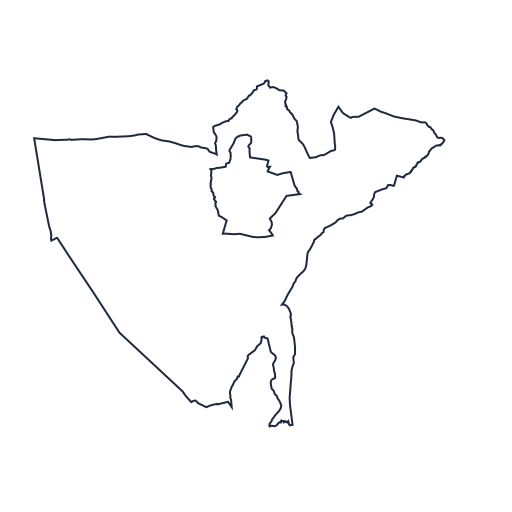 Babati, Manyara, United Republic of Tanzania (Albers equal-area conic projection), rotated 172°
{"feature_id": "72390352B12207219772126", "entity_name": "Babati", "entity_type": "district", "adm_level": 2, "iso_a3": "TZA", "parent_name": "United Republic of Tanzania", "parent_adm1": "Manyara", "projection": "albers", "projection_center": [35.708, -4.024], "detail": "fine", "context": "isolated", "style": "outline", "palette": "slate", "viewbox_px": 512, "rotation_deg": 172, "n_neighbors": 0, "source": "geoboundaries", "source_scale": "gbopen_adm2", "svg_char_len": 6075}
<svg xmlns="http://www.w3.org/2000/svg" viewBox="0 0 512 512"><g transform="rotate(172 256 256)"><path d="M230.0,160.6L229.7,170.1L230.7,174.0L230.7,176.5L230.0,178.6L230.6,180.2L230.0,181.3L230.5,182.6L230.1,185.4L230.4,186.5L230.2,188.8L230.6,190.3L229.9,191.6L230.1,192.6L229.5,193.5L229.5,194.3L230.8,199.3L232.5,202.2L235.1,204.2L237.1,204.2L233.4,208.0L230.5,212.6L224.1,220.6L222.5,223.6L220.5,225.4L219.3,227.9L218.2,229.2L214.5,232.1L211.4,234.1L208.9,236.6L207.2,240.9L204.8,250.7L203.8,252.9L201.6,255.1L198.4,259.5L196.5,262.4L196.3,263.4L195.4,264.4L194.3,264.7L192.4,266.1L189.0,267.9L187.7,269.4L185.7,270.3L185.2,272.7L183.8,274.2L179.2,275.4L173.9,277.5L172.2,278.4L170.3,280.1L167.5,281.3L164.6,281.1L161.4,283.2L158.5,283.4L156.2,283.2L151.8,284.0L148.6,285.0L145.0,285.2L138.2,288.7L135.4,289.3L133.7,290.5L134.0,291.2L135.3,292.2L135.4,292.6L131.5,297.2L130.8,298.7L130.6,300.3L129.3,302.6L122.1,304.4L118.2,304.9L117.2,305.3L115.3,307.9L112.8,307.5L109.9,306.3L109.5,306.6L105.3,315.9L98.7,313.2L98.0,314.7L97.2,314.7L95.9,316.1L94.6,315.9L93.4,316.4L92.3,316.5L91.2,318.0L90.6,317.9L90.3,318.9L89.7,319.1L89.6,319.6L88.1,320.9L88.1,321.4L85.8,322.5L85.6,322.3L85.2,322.9L84.8,323.0L84.1,324.5L82.6,325.7L82.8,326.1L82.5,326.3L81.2,326.3L79.7,327.0L78.0,329.0L77.2,329.1L76.8,329.6L75.4,329.7L74.7,330.7L73.7,330.6L73.2,331.3L72.6,331.4L70.8,333.5L70.2,335.2L67.0,338.1L61.9,340.3L59.6,340.1L59.0,340.4L58.4,339.8L57.5,340.2L57.2,340.8L56.5,341.1L56.2,341.6L55.6,341.7L53.0,344.5L52.7,344.4L53.8,345.0L54.9,346.9L57.2,347.5L58.8,347.5L60.0,348.3L60.7,350.4L62.6,353.9L62.7,355.4L64.4,357.2L65.4,359.3L67.1,360.0L67.3,360.8L68.2,361.8L68.8,363.7L69.4,364.4L70.2,364.9L73.8,365.3L79.1,368.1L92.7,372.3L100.1,375.0L107.5,379.2L113.2,382.0L114.7,383.3L118.2,385.5L135.0,379.6L140.7,380.3L141.9,380.1L142.7,379.6L143.9,380.2L149.4,384.9L150.6,386.5L153.6,392.3L159.4,385.0L163.2,378.2L162.3,373.6L161.6,366.5L162.4,355.8L162.2,354.7L162.9,350.3L164.7,349.7L167.1,349.6L173.2,347.0L175.6,346.4L177.0,346.8L178.2,346.7L180.6,346.3L182.7,345.5L189.1,345.6L190.7,350.0L192.9,357.7L194.0,360.3L197.4,364.9L197.7,366.1L197.5,369.9L197.7,373.7L196.7,377.2L196.6,379.0L196.9,383.8L198.9,386.8L200.4,391.3L201.0,391.5L201.4,392.8L202.3,393.6L203.1,395.7L204.7,397.1L204.7,399.3L205.1,399.4L205.7,400.1L205.4,400.6L205.8,400.8L205.7,401.7L205.4,401.8L205.9,404.3L203.8,408.3L203.6,409.3L204.3,410.6L204.2,411.4L203.1,412.9L205.6,416.0L209.9,416.9L211.3,418.4L215.0,420.8L218.5,420.9L218.4,421.3L219.6,422.2L220.0,423.8L219.1,427.1L220.4,428.4L221.9,427.8L222.4,428.0L223.0,426.9L224.4,425.6L231.5,423.8L231.8,421.6L232.6,420.7L235.4,420.2L236.0,419.0L237.8,417.3L239.6,415.9L240.7,415.8L243.1,412.9L246.0,412.1L247.7,411.2L248.5,410.2L250.0,409.5L251.9,407.6L254.2,406.0L255.1,404.0L254.2,403.0L254.6,401.4L257.4,398.7L260.0,397.0L261.0,395.7L262.8,395.5L264.5,393.5L266.7,393.7L267.9,393.4L270.8,392.7L273.5,391.4L279.1,390.5L280.5,389.7L280.6,384.2L279.5,382.6L278.6,380.1L278.5,378.9L279.4,375.5L280.8,373.5L280.4,370.6L280.7,367.7L280.8,362.0L281.9,363.0L283.8,363.7L287.5,365.8L288.9,368.6L290.2,369.5L295.3,371.1L298.1,372.9L301.4,373.2L304.9,373.0L311.7,374.9L315.8,376.7L319.4,378.6L326.0,381.5L333.6,383.7L340.0,386.9L347.5,391.8L347.5,392.1L356.1,392.7L358.4,392.3L365.4,392.3L379.4,393.7L384.7,394.6L399.0,394.0L403.6,394.4L412.0,395.9L422.7,396.7L424.2,397.5L426.4,397.4L438.9,398.7L459.3,403.5L457.9,341.0L458.2,340.9L458.1,336.3L456.7,314.0L455.8,308.6L455.9,304.2L456.7,301.4L456.5,299.7L450.7,301.7L450.3,301.5L441.1,281.8L422.2,242.6L401.9,199.1L347.6,132.2L345.0,127.1L340.4,120.3L338.4,121.2L336.0,121.3L334.3,119.2L334.0,118.4L326.2,113.2L323.1,114.1L319.3,114.7L315.0,115.0L314.9,114.4L304.0,115.5L301.1,109.8L300.7,116.9L301.2,119.2L300.8,120.9L300.9,123.4L300.5,125.7L297.8,130.6L297.0,131.1L295.0,134.7L291.8,137.1L291.4,138.4L290.8,139.3L289.6,139.0L289.0,140.3L278.2,155.8L278.2,158.1L277.1,159.1L270.2,162.9L267.2,166.7L264.9,168.0L263.1,169.5L262.0,173.1L262.0,174.7L261.5,175.1L260.7,174.6L260.0,175.2L259.4,175.3L258.3,173.5L256.4,173.0L256.0,172.5L254.7,159.3L254.2,158.3L251.1,155.1L250.4,152.9L251.3,150.3L252.9,148.5L254.3,146.3L254.0,143.1L254.1,139.0L253.6,136.8L253.9,133.1L254.2,132.4L256.7,131.8L257.9,131.0L258.8,129.5L259.1,127.7L259.0,122.5L257.5,120.5L256.9,118.6L256.7,116.7L255.0,114.7L254.5,112.2L253.2,109.7L252.3,106.9L251.8,104.3L252.8,101.7L253.8,100.4L255.7,98.4L258.8,96.0L263.0,91.6L263.7,90.1L265.7,88.2L266.3,86.8L266.4,85.7L266.2,85.3L264.4,85.8L261.6,84.9L260.1,85.0L258.9,85.7L256.7,87.8L254.5,87.7L254.6,88.8L253.7,89.6L252.5,88.6L251.9,88.7L251.5,87.5L250.3,88.4L249.2,87.2L248.3,87.7L247.7,86.8L247.0,87.6L246.7,84.5L246.0,83.6L243.3,83.7L243.1,103.2L242.4,111.1L237.4,133.5L236.9,137.0L235.6,140.7L233.4,144.8L233.2,150.5L231.3,153.0L230.9,154.1L230.0,160.6ZM244.2,273.6L251.9,274.3L256.7,275.4L268.7,280.2L275.3,280.7L281.9,282.2L285.8,282.7L280.1,295.3L284.3,299.1L287.2,301.1L287.5,306.7L289.2,311.0L288.8,312.1L289.1,313.5L288.0,314.9L288.0,315.4L288.9,316.1L289.0,316.8L289.8,318.4L289.3,319.4L288.4,319.6L288.5,320.2L289.5,321.7L289.7,323.2L289.6,324.8L291.0,326.2L290.5,328.0L291.3,329.8L291.3,331.6L290.8,332.9L291.1,333.8L290.3,335.4L290.2,337.0L289.5,338.0L289.2,339.8L289.4,342.0L288.4,345.7L288.4,346.4L289.0,348.4L285.9,348.0L282.2,348.7L280.1,348.4L273.9,348.6L273.4,348.8L273.0,350.9L272.5,351.7L269.6,352.0L267.7,355.8L267.2,358.1L266.8,361.7L267.7,363.4L267.4,364.7L262.5,370.7L260.2,374.8L259.5,375.6L257.1,377.0L256.3,376.8L255.6,377.3L254.5,377.5L247.9,377.4L246.5,376.3L245.2,375.7L244.3,374.6L244.6,370.6L245.2,368.6L248.0,366.3L248.3,365.7L248.1,364.6L247.3,363.6L247.9,360.4L248.2,354.5L233.0,350.0L230.4,348.8L232.6,343.3L231.9,342.4L229.8,342.4L232.7,338.5L232.7,338.1L223.6,333.3L218.4,334.2L210.0,334.4L208.0,320.4L206.0,316.6L206.1,314.9L204.9,313.6L205.3,312.1L204.4,311.8L203.8,311.2L217.4,311.3L230.8,295.7L237.1,291.2L235.8,287.6L235.8,285.0L237.3,281.7L237.9,280.9L239.5,279.8L237.2,275.8L236.5,274.0L244.2,273.6Z" fill="none" stroke="#1e293b" stroke-width="2"/></g></svg>